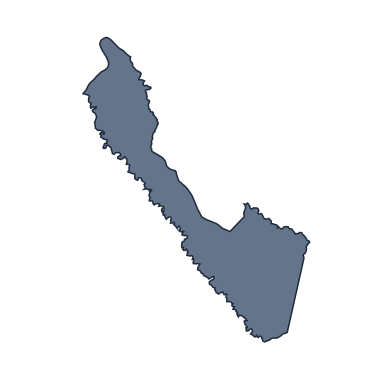 the district of Itajá, Goiás, Brazil, rotated 200°
{"feature_id": "56859067B48253804487998", "entity_name": "Itajá", "entity_type": "district", "adm_level": 2, "iso_a3": "BRA", "parent_name": "Brazil", "parent_adm1": "Goiás", "projection": "albers", "projection_center": [-51.232, -19.14], "detail": "fine", "context": "isolated", "style": "filled", "palette": "slate", "viewbox_px": 384, "rotation_deg": 200, "n_neighbors": 0, "source": "geoboundaries", "source_scale": "gbopen_adm2", "svg_char_len": 6033}
<svg xmlns="http://www.w3.org/2000/svg" viewBox="0 0 384 384"><g transform="rotate(200 192 192)"><path d="M329.3,299.5L328.1,297.8L325.2,294.7L318.8,289.7L316.1,287.0L314.7,285.0L314.0,283.4L313.9,282.5L313.8,280.9L314.3,279.3L315.2,277.3L318.6,273.5L320.9,268.8L323.0,263.4L324.8,260.3L325.8,257.3L326.2,252.5L328.0,247.1L324.2,247.5L322.2,247.4L320.8,246.3L321.2,245.3L320.9,243.5L320.1,241.8L319.5,241.2L316.9,240.6L317.0,238.5L316.5,236.9L315.7,236.1L314.6,237.7L312.5,238.5L311.2,239.3L310.8,238.3L311.3,237.4L312.4,236.6L313.6,235.3L313.4,234.3L312.3,233.3L310.9,233.2L309.9,232.8L308.8,231.8L307.3,229.8L307.2,225.5L307.4,224.0L306.6,223.2L304.6,218.9L303.3,218.5L302.1,217.8L301.1,217.8L299.8,218.6L297.7,218.4L296.2,218.9L294.7,217.9L294.4,216.4L295.2,216.1L296.0,216.8L296.9,217.0L298.0,216.5L298.5,215.0L296.6,214.2L296.5,212.4L294.7,212.2L293.8,211.6L291.3,211.7L290.0,212.0L288.9,211.5L289.4,210.0L288.8,208.6L290.7,207.5L290.8,203.6L290.1,202.7L288.8,203.1L288.1,203.8L288.0,206.3L287.5,207.2L286.2,207.2L285.2,206.4L283.4,206.1L281.7,203.4L280.7,202.4L280.0,200.9L278.1,200.7L277.5,202.3L276.8,203.1L275.5,203.4L274.0,204.2L271.9,203.1L271.4,201.6L272.3,201.5L273.3,200.5L273.7,199.4L273.2,198.2L270.0,198.2L267.9,200.4L267.7,202.0L266.2,201.7L265.3,200.8L264.3,200.4L263.3,198.4L263.5,196.4L263.1,195.5L261.5,196.1L259.7,196.0L259.5,193.0L258.4,191.8L259.2,189.1L258.1,188.8L256.9,189.2L255.8,188.9L254.7,189.0L253.8,188.8L252.1,189.5L251.2,187.9L250.7,185.5L249.0,184.4L247.2,184.4L246.8,185.6L247.4,186.8L245.4,187.7L244.4,187.6L243.2,185.6L239.6,184.6L238.9,183.6L239.6,182.6L238.2,180.9L236.9,179.9L237.9,178.3L235.9,179.4L233.6,179.4L232.0,180.2L231.0,180.1L230.4,179.4L232.2,178.3L231.3,177.7L231.5,176.3L231.2,174.0L230.5,173.2L229.2,172.5L229.5,171.3L229.3,169.3L228.3,169.1L226.5,170.1L225.4,169.3L224.7,167.9L223.9,167.1L223.0,167.0L222.6,168.2L221.7,168.4L220.9,169.1L219.4,169.7L218.4,169.6L218.4,167.2L217.2,168.0L215.9,168.5L213.6,168.3L212.9,167.4L214.3,166.4L214.6,165.2L214.2,164.1L213.1,162.9L212.1,164.7L211.8,161.9L211.3,160.5L209.9,161.1L208.7,159.1L206.9,157.6L205.3,160.3L204.3,161.1L203.3,161.1L202.2,159.7L202.4,157.9L201.7,157.2L201.6,155.4L199.8,156.1L198.4,157.4L197.6,156.5L197.9,155.0L195.8,154.5L194.6,153.3L193.2,152.6L193.0,155.3L191.9,155.4L191.2,154.7L190.3,153.2L191.4,151.4L189.5,150.8L188.5,150.8L187.5,151.9L186.3,152.0L187.0,149.7L186.7,148.2L185.3,148.6L184.4,148.2L183.4,148.9L182.6,149.2L181.5,149.0L180.7,147.1L181.6,146.0L182.9,145.1L182.5,143.4L184.1,141.6L184.2,140.6L183.6,139.7L183.5,138.3L182.5,136.3L181.1,136.8L181.0,134.8L179.5,134.3L178.5,135.0L178.0,136.3L176.9,136.2L176.4,134.7L175.0,134.2L175.5,133.1L175.1,130.7L171.5,131.3L170.8,132.1L169.6,132.0L168.7,131.0L168.7,128.8L167.5,129.3L167.0,128.4L166.9,126.4L166.3,125.2L163.8,125.8L162.3,126.6L159.9,127.0L160.6,124.2L160.6,122.0L159.8,120.7L157.8,120.9L155.2,118.8L154.0,119.0L151.7,117.2L150.8,117.4L149.3,117.1L148.1,117.1L146.6,116.0L145.4,117.1L143.5,119.9L142.1,119.6L142.0,117.1L143.3,116.1L145.0,113.4L144.0,111.2L142.1,111.3L139.6,109.5L137.3,109.7L137.1,107.8L135.7,106.9L134.8,105.7L133.5,105.7L132.3,105.1L131.8,105.9L129.1,108.5L126.6,106.5L124.6,107.9L124.0,104.5L123.0,104.2L122.5,103.2L121.8,100.8L119.5,101.8L117.2,101.9L116.2,100.8L115.3,101.0L115.9,99.0L114.4,98.3L112.8,98.6L113.3,97.4L113.4,95.8L111.6,96.2L109.8,96.0L109.7,94.7L108.2,94.4L108.2,92.7L106.9,92.6L106.8,91.4L105.7,90.5L105.1,92.5L104.1,92.4L103.3,92.8L101.5,92.5L100.8,91.9L99.9,92.1L99.3,91.5L98.2,91.2L97.7,90.4L96.4,89.9L98.7,88.8L98.3,87.6L96.5,85.4L94.2,84.3L93.7,83.5L94.9,82.9L93.3,80.0L91.1,81.2L91.1,82.5L90.3,83.2L88.9,83.6L87.2,81.5L88.0,80.3L88.5,78.6L85.6,78.2L84.6,77.6L83.1,77.3L82.6,78.0L82.1,79.5L81.2,78.2L79.7,78.1L78.9,79.9L77.4,79.9L76.6,79.3L76.4,78.3L75.0,77.1L74.5,76.2L72.7,75.9L71.1,77.1L69.9,78.4L68.6,79.2L67.2,81.6L65.8,82.5L63.2,83.4L61.7,84.2L60.2,86.3L58.8,87.7L58.6,89.3L55.5,91.5L54.5,92.7L64.2,168.4L66.0,170.5L65.4,172.3L64.6,173.4L64.7,176.9L65.0,177.8L66.1,179.6L64.8,183.9L64.2,184.9L65.7,186.1L67.2,186.0L68.8,187.5L71.3,189.1L73.9,190.1L75.0,191.3L77.2,190.7L78.3,188.8L79.9,188.6L80.5,187.8L82.0,189.0L83.8,190.0L85.3,191.3L88.5,190.9L89.8,192.2L91.2,191.9L93.6,190.7L94.9,187.8L97.1,188.1L98.9,188.9L99.5,187.6L100.0,189.5L101.8,190.1L103.3,189.6L104.6,189.9L106.6,189.4L107.7,191.9L110.9,193.4L111.7,192.3L114.9,191.7L115.9,192.3L118.3,194.8L119.7,195.4L120.7,194.5L121.9,194.2L122.8,194.3L122.7,196.7L123.1,197.7L124.0,198.7L125.5,199.2L127.2,198.5L129.0,198.1L129.3,196.8L130.1,196.4L131.3,196.4L132.3,197.5L132.9,198.6L134.2,199.1L135.2,200.3L136.2,200.5L136.8,199.1L138.9,198.5L137.9,197.9L136.1,195.5L136.3,191.0L135.9,189.1L134.4,186.9L142.8,167.8L151.3,168.4L156.0,170.1L158.0,170.6L168.8,171.0L174.2,171.9L180.6,177.6L190.2,188.1L193.6,190.8L197.6,193.6L200.5,195.0L208.2,197.9L212.3,202.9L213.9,205.6L215.4,206.4L218.2,205.8L221.7,206.3L225.0,208.0L227.6,211.8L230.8,213.8L234.6,214.9L242.8,216.3L243.9,216.8L244.8,219.0L246.0,219.6L246.4,221.1L246.2,223.6L247.0,224.5L247.4,225.9L247.3,228.8L248.2,230.5L248.6,233.1L248.2,235.2L247.4,236.2L248.0,237.3L247.9,238.2L247.4,239.7L247.4,241.4L247.7,242.5L247.1,244.4L247.9,246.0L249.3,246.6L249.2,248.0L250.4,248.5L251.7,249.7L253.4,250.6L254.3,251.5L255.4,251.7L255.5,253.3L256.4,253.7L258.5,253.2L259.6,255.1L260.8,255.3L261.4,256.7L262.1,257.4L263.0,259.1L262.8,261.3L263.0,263.0L264.0,263.5L265.7,263.4L266.6,264.5L266.8,266.4L268.5,268.7L268.6,269.7L270.4,270.6L270.1,272.1L269.3,272.8L268.3,273.0L267.4,273.6L266.1,275.3L266.4,276.2L267.3,276.5L268.9,276.1L271.3,276.8L272.5,275.7L274.4,275.8L275.2,277.9L274.5,280.1L277.1,280.3L280.3,279.4L280.7,280.5L280.2,282.0L280.3,285.8L281.4,286.7L285.6,287.3L288.2,288.4L291.1,290.2L291.3,291.3L292.3,292.9L294.1,293.6L294.9,294.6L295.6,296.0L295.9,297.9L300.2,299.0L304.7,301.3L309.7,302.2L319.7,307.0L321.9,307.8L324.1,308.1L325.2,308.0L326.2,307.4L327.4,306.2L328.8,304.4L329.4,303.1L329.5,302.0L329.3,299.5Z" fill="#64748b" stroke="#1e293b" stroke-width="1.5"/></g></svg>